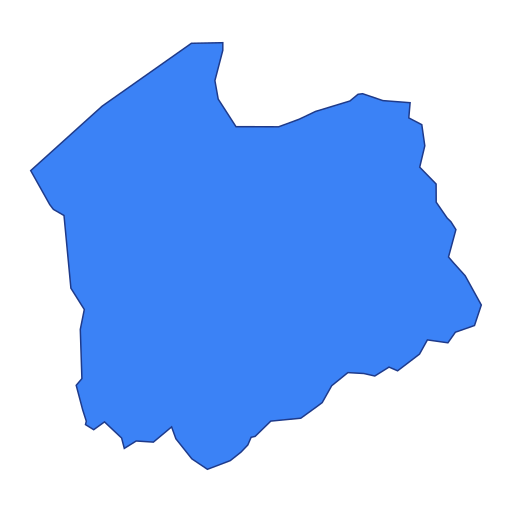 the district of Salt Lake, Utah, United States of America
{"feature_id": "52423323B26965085925840", "entity_name": "Salt Lake", "entity_type": "district", "adm_level": 2, "iso_a3": "USA", "parent_name": "United States of America", "parent_adm1": "Utah", "projection": "orthographic", "projection_center": [-111.882, 40.668], "detail": "fine", "context": "isolated", "style": "filled", "palette": "blue", "viewbox_px": 512, "rotation_deg": 0, "n_neighbors": 0, "source": "geoboundaries", "source_scale": "gbopen_adm2", "svg_char_len": 1011}
<svg xmlns="http://www.w3.org/2000/svg" viewBox="0 0 512 512"><path d="M424.8,145.8L421.8,124.7L408.8,117.9L410.1,102.7L382.9,100.6L362.6,93.7L358.0,94.3L349.9,101.0L315.6,111.4L299.2,119.2L278.6,126.8L249.8,126.7L236.0,126.7L218.2,99.1L214.9,80.6L222.8,50.3L222.8,42.7L191.4,43.3L102.2,106.1L30.7,170.6L49.7,204.5L53.0,208.9L53.6,209.5L64.0,215.5L70.9,288.2L84.3,309.5L80.3,329.4L81.9,378.6L76.2,385.3L82.7,409.9L86.3,421.2L85.5,424.6L93.7,429.7L104.5,421.9L121.6,438.0L124.3,448.4L136.2,441.0L153.4,442.1L171.6,426.9L175.9,438.8L191.8,458.8L207.4,469.3L230.3,460.6L241.0,452.1L247.8,445.0L251.1,437.3L251.2,437.2L251.5,437.2L255.1,436.4L270.8,421.1L300.8,418.2L316.3,407.0L322.2,402.6L331.7,385.7L347.9,372.6L363.8,373.5L374.8,376.0L389.0,367.1L397.6,370.8L419.5,354.1L427.4,339.9L447.9,342.8L455.4,332.2L474.5,325.5L481.3,305.0L465.2,275.8L453.4,262.7L448.5,257.0L455.9,229.6L450.9,221.7L447.2,218.1L436.2,202.2L436.1,184.0L419.7,167.2L424.8,145.8Z" fill="#3b82f6" stroke="#1e3a8a" stroke-width="1.5"/></svg>